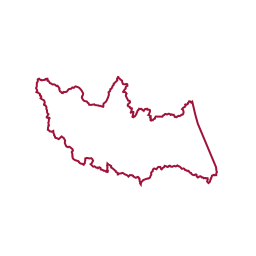 the district of Jauja, Junín, Peru, rotated 57°
{"feature_id": "86281439B89843532498987", "entity_name": "Jauja", "entity_type": "district", "adm_level": 2, "iso_a3": "PER", "parent_name": "Peru", "parent_adm1": "Junín", "projection": "orthographic", "projection_center": [-75.508, -11.659], "detail": "fine", "context": "isolated", "style": "outline", "palette": "rose", "viewbox_px": 256, "rotation_deg": 57, "n_neighbors": 0, "source": "geoboundaries", "source_scale": "gbopen_adm2", "svg_char_len": 5896}
<svg xmlns="http://www.w3.org/2000/svg" viewBox="0 0 256 256"><g transform="rotate(57 128 128)"><path d="M141.0,59.8L141.2,61.1L140.7,61.3L139.9,61.1L138.9,62.1L139.6,63.2L139.6,64.0L140.2,64.4L140.4,64.9L140.4,66.0L140.1,66.4L139.6,66.7L139.5,67.3L140.6,67.7L141.2,68.4L141.1,70.7L141.6,72.4L142.8,72.0L143.6,72.2L144.9,72.7L146.1,73.8L146.5,74.8L146.2,75.1L146.3,75.6L146.0,76.3L146.2,76.8L146.2,77.7L145.9,78.5L145.2,79.2L145.4,80.5L145.1,81.0L145.2,81.8L144.6,82.1L144.1,82.8L142.8,82.4L141.8,82.5L141.5,83.2L140.4,83.9L140.5,84.5L140.2,85.2L139.3,85.2L138.4,85.8L138.1,86.4L137.9,88.0L136.6,88.9L136.4,89.6L136.8,90.4L136.6,91.7L137.2,93.0L133.5,98.5L134.0,99.7L134.8,100.3L134.5,101.8L135.0,103.0L134.6,103.5L134.4,104.6L133.5,104.8L133.2,104.1L132.5,104.0L132.2,103.5L131.3,103.8L131.2,103.1L130.4,102.5L130.0,103.0L129.0,103.2L128.2,103.8L128.0,103.0L126.1,100.6L125.1,99.9L124.7,99.9L124.5,100.3L123.9,100.5L123.4,101.1L123.2,101.8L122.2,101.6L121.4,103.3L121.6,104.1L122.2,105.4L121.7,105.5L121.0,106.1L120.0,106.1L119.1,106.5L118.6,107.7L117.9,108.2L118.7,109.7L118.5,110.2L118.6,110.5L119.9,112.0L120.4,113.0L120.9,113.4L121.9,115.8L121.9,117.7L121.1,118.2L120.7,118.0L120.5,117.0L119.5,116.7L118.1,115.1L117.5,114.8L116.7,116.2L116.7,117.2L116.4,117.2L115.2,115.3L114.7,115.1L114.1,114.3L113.5,114.1L113.3,114.2L112.8,115.2L112.2,115.3L111.2,115.0L110.1,115.9L109.1,116.1L108.1,115.2L107.7,112.5L106.8,111.9L106.0,111.9L105.2,112.9L100.3,112.4L99.5,112.1L98.7,111.2L98.5,110.5L98.1,110.5L96.5,110.7L95.1,112.4L94.8,112.2L94.6,111.0L93.9,110.1L93.7,108.5L92.8,108.0L92.2,107.0L92.3,105.5L90.9,104.8L90.3,105.1L89.8,106.5L89.2,107.5L88.5,108.2L86.7,108.0L85.0,107.2L83.5,107.9L82.2,108.1L81.1,108.7L80.1,108.3L79.8,108.6L80.9,110.6L82.2,111.0L82.3,111.3L83.1,115.9L84.0,116.4L84.2,117.7L85.0,118.7L85.2,119.4L85.8,120.0L86.0,121.0L85.8,121.7L87.2,122.8L87.2,123.6L87.5,123.9L87.4,124.8L89.6,125.8L91.5,128.1L93.5,131.2L94.0,132.6L94.2,135.1L94.7,135.7L96.5,136.9L96.7,137.3L95.2,138.6L94.5,138.9L93.7,140.2L92.8,140.7L91.0,143.0L89.8,143.4L88.5,146.4L87.4,147.9L85.7,147.6L84.9,148.1L83.6,148.0L83.0,148.4L82.1,149.4L80.7,150.3L77.9,150.3L77.2,150.0L76.9,149.4L76.4,149.3L75.8,147.9L74.7,146.9L74.3,146.7L70.9,146.5L67.8,147.0L66.4,147.8L64.6,149.2L64.5,150.4L64.8,151.6L63.7,152.6L64.1,154.5L63.2,156.1L63.3,157.0L64.2,159.7L63.5,161.5L62.7,162.3L62.7,163.3L63.2,163.7L62.6,164.4L61.5,164.5L60.0,165.1L57.9,164.5L57.5,163.9L54.2,164.1L53.8,165.1L51.9,165.7L51.1,166.3L50.4,167.6L48.5,168.4L47.9,169.0L45.4,169.0L44.7,169.7L44.3,169.8L43.6,169.3L43.4,168.8L42.8,168.7L41.9,170.5L42.4,171.3L41.0,174.5L40.7,174.7L40.4,174.6L40.0,175.3L38.2,175.7L38.0,176.5L38.1,177.3L39.1,177.7L40.0,178.7L40.4,179.8L43.6,182.0L44.5,183.4L46.7,183.6L47.8,184.3L48.0,185.2L48.7,184.8L49.0,184.3L50.0,184.1L51.0,183.4L51.8,183.4L52.8,184.2L53.4,184.0L53.7,183.6L54.5,183.7L55.1,184.1L55.4,185.1L56.7,184.7L58.9,183.5L59.5,183.4L61.5,184.0L62.3,185.5L62.8,185.8L63.3,185.7L63.4,185.2L64.1,184.9L66.1,185.0L67.5,186.1L68.8,186.2L71.0,187.4L72.3,187.5L73.1,187.2L74.6,190.3L75.4,190.2L76.0,189.6L76.2,188.7L77.0,188.4L77.7,189.6L79.7,191.2L80.2,192.0L82.7,192.9L82.7,193.5L83.2,193.7L84.1,194.9L85.9,196.2L86.6,195.7L88.3,195.4L88.7,194.7L89.7,193.9L89.8,192.3L91.8,193.3L93.3,193.4L94.0,194.0L95.4,193.8L96.0,194.2L96.8,194.2L98.0,193.0L99.6,192.2L98.9,188.3L99.1,188.2L99.6,188.3L101.0,187.4L104.0,187.5L104.5,187.7L105.5,188.7L106.3,189.2L109.7,189.8L111.4,188.8L111.4,187.9L111.8,187.3L115.4,186.1L116.8,186.4L117.3,187.2L117.2,187.8L117.6,188.3L118.4,188.6L119.6,188.8L121.0,189.9L121.4,189.8L122.8,190.7L124.3,190.7L126.3,189.8L128.7,187.7L129.2,187.8L129.5,187.6L129.8,187.8L131.8,187.3L133.5,185.5L134.6,185.4L134.8,184.7L135.2,184.3L134.8,184.5L134.2,184.4L134.0,183.4L133.4,183.1L131.6,181.2L130.4,180.6L130.2,180.3L130.6,179.7L130.7,178.7L132.5,177.0L133.3,175.3L134.7,174.9L136.4,175.1L138.0,178.1L138.0,179.0L141.1,178.4L141.6,178.1L141.8,177.1L142.7,176.6L143.7,176.4L144.2,176.0L144.7,174.9L145.4,175.0L145.5,173.2L146.7,172.8L147.9,173.5L149.2,172.2L150.7,171.6L151.0,170.9L152.3,170.2L152.8,170.2L153.8,169.1L152.8,168.1L151.9,168.5L151.3,167.7L150.3,167.2L149.8,166.6L148.6,166.1L148.2,166.1L147.9,165.6L146.6,164.6L147.8,164.3L150.7,162.8L151.9,163.7L153.4,162.9L156.7,162.0L157.2,161.7L157.8,162.0L158.4,162.0L160.1,161.1L161.4,161.9L161.6,161.6L161.3,160.6L162.3,158.5L162.5,157.3L163.2,156.7L165.1,155.9L166.8,154.7L167.9,154.2L169.0,154.1L168.5,151.9L169.4,151.1L169.7,150.4L170.4,149.9L170.8,149.7L171.4,150.0L173.8,148.8L174.3,147.6L174.1,146.7L174.6,146.2L175.3,146.0L175.9,146.2L176.5,145.9L177.0,146.0L177.3,146.5L177.9,146.5L178.9,147.2L179.7,147.1L180.9,148.0L182.3,148.0L181.0,146.9L180.5,145.9L180.3,144.4L179.9,143.4L180.2,142.7L180.6,140.4L181.1,139.4L181.2,138.4L181.6,138.1L181.5,136.5L180.1,134.7L180.0,134.1L179.6,133.7L178.3,133.2L177.7,131.9L177.7,130.8L176.7,130.1L176.5,129.5L176.1,128.8L176.3,128.0L178.1,126.6L177.2,124.3L177.4,123.4L178.2,122.2L180.3,122.6L181.0,122.3L180.4,120.7L180.5,119.1L179.7,117.9L181.3,116.5L181.9,116.4L182.2,116.1L182.5,115.1L182.1,114.3L182.2,113.7L182.6,113.3L183.9,113.0L184.2,112.4L184.6,112.1L184.8,110.4L185.2,109.6L186.1,109.1L186.3,108.7L186.3,106.9L187.2,106.7L188.0,106.2L188.1,105.9L189.4,105.4L191.5,105.1L192.2,103.4L192.9,103.0L194.3,103.0L195.4,102.0L195.9,101.9L196.4,101.5L196.8,100.6L198.9,100.5L200.1,99.6L201.3,99.8L203.2,98.8L203.7,97.8L203.6,96.9L204.3,96.0L204.7,96.0L205.8,96.7L207.5,96.4L207.7,95.8L207.5,94.5L208.0,93.4L209.7,93.0L209.8,92.5L210.5,92.0L211.4,91.9L211.8,90.7L212.1,90.3L212.8,90.0L212.9,89.3L213.5,88.6L214.7,89.2L215.9,90.8L218.0,90.5L217.8,88.9L216.9,87.6L216.0,86.9L215.8,85.9L215.2,85.6L214.6,84.5L213.7,83.5L214.0,81.6L214.2,81.3L214.7,81.3L215.6,79.7L214.0,78.6L213.4,77.4L212.0,77.1L208.8,75.5L162.4,67.1L153.8,64.4L141.0,59.8Z" fill="none" stroke="#9f1239" stroke-width="2"/></g></svg>